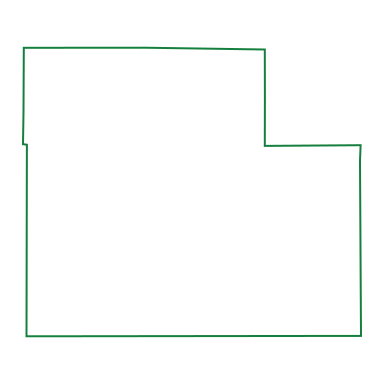 outline of Sawyer, Wisconsin, United States of America
{"feature_id": "52423323B73952033582421", "entity_name": "Sawyer", "entity_type": "district", "adm_level": 2, "iso_a3": "USA", "parent_name": "United States of America", "parent_adm1": "Wisconsin", "projection": "albers", "projection_center": [-91.112, 45.898], "detail": "fine", "context": "isolated", "style": "outline", "palette": "green", "viewbox_px": 384, "rotation_deg": 0, "n_neighbors": 0, "source": "geoboundaries", "source_scale": "gbopen_adm2", "svg_char_len": 274}
<svg xmlns="http://www.w3.org/2000/svg" viewBox="0 0 384 384"><path d="M361.0,335.9L360.0,161.0L360.6,145.2L264.8,145.9L264.9,97.6L264.8,49.5L144.1,47.7L23.8,47.8L23.5,112.2L23.0,144.2L26.9,144.7L26.5,336.3L361.0,335.9Z" fill="none" stroke="#15803d" stroke-width="2"/></svg>